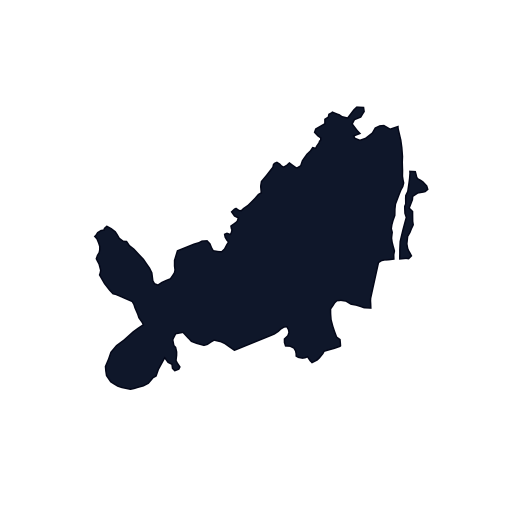 outline of Markz Matay, Al Minya, Egypt, rotated 318°
{"feature_id": "37247803B33553459827704", "entity_name": "Markz Matay", "entity_type": "district", "adm_level": 2, "iso_a3": "EGY", "parent_name": "Egypt", "parent_adm1": "Al Minya", "projection": "robinson", "projection_center": [30.727, 28.431], "detail": "fine", "context": "isolated", "style": "filled", "palette": "ink", "viewbox_px": 512, "rotation_deg": 318, "n_neighbors": 0, "source": "geoboundaries", "source_scale": "gbopen_adm2", "svg_char_len": 4859}
<svg xmlns="http://www.w3.org/2000/svg" viewBox="0 0 512 512"><g transform="rotate(318 256 256)"><path d="M150.8,133.6L149.3,133.6L149.3,136.9L147.8,141.1L146.3,144.4L144.0,146.9L141.7,148.6L138.6,149.5L135.5,151.2L134.8,153.7L134.0,157.0L131.0,162.8L128.7,164.5L127.1,165.4L126.4,168.7L125.0,175.2L124.4,183.5L124.5,188.4L126.2,190.8L133.6,207.0L132.9,210.3L131.4,213.6L129.2,220.2L127.7,223.5L127.0,229.3L126.3,231.8L124.0,231.4L119.8,230.8L114.0,230.2L101.7,230.2L92.4,229.3L83.8,230.5L77.5,234.0L70.2,237.4L67.6,240.8L64.9,244.9L63.9,252.3L64.9,255.9L66.2,260.2L68.3,263.9L73.5,271.0L76.8,272.9L80.5,274.6L85.4,277.1L90.8,278.5L95.5,277.9L98.0,277.5L101.4,278.3L107.6,274.9L120.1,270.5L119.5,276.2L121.1,280.3L118.8,283.6L118.9,286.9L122.9,288.4L125.2,287.5L125.9,282.6L126.6,280.1L130.5,276.7L132.8,274.2L135.1,270.1L135.0,267.6L138.0,262.6L139.6,261.8L144.3,260.0L150.7,263.9L150.8,271.8L150.9,272.4L150.9,273.0L150.9,276.2L153.4,281.1L157.5,287.5L158.6,288.1L160.7,289.1L165.4,289.8L168.6,290.5L172.6,296.2L174.3,300.2L175.2,304.3L176.9,311.6L180.7,313.0L186.0,314.9L213.4,324.8L217.4,326.2L222.1,326.9L225.4,326.8L229.2,327.5L231.6,329.1L231.5,329.7L230.9,332.4L229.4,334.9L226.3,336.6L221.6,336.7L219.3,339.3L217.8,342.6L221.0,345.8L222.6,349.8L221.9,353.1L220.4,355.6L218.9,357.3L219.7,359.7L222.2,363.0L224.5,364.5L226.9,365.3L226.2,370.2L226.3,371.4L226.3,372.7L231.9,374.2L235.0,374.1L240.5,373.2L242.8,372.3L247.6,374.6L252.4,377.0L257.9,379.3L258.7,379.3L260.5,377.0L262.5,374.3L261.6,370.2L263.9,364.4L266.1,359.4L269.1,353.6L272.1,349.7L273.0,348.6L276.0,345.2L280.0,344.3L283.1,343.4L286.2,343.3L288.1,344.8L289.4,345.7L292.7,349.7L294.4,355.4L297.6,359.5L300.0,363.5L301.7,366.7L306.5,371.5L309.1,368.4L311.1,365.9L312.0,365.0L312.9,364.1L315.4,362.3L339.7,344.9L342.7,342.8L346.2,343.4L349.2,345.1L350.0,345.9L352.6,347.9L356.4,350.5L359.2,347.2L362.2,344.9L363.9,341.6L364.1,341.1L366.3,336.9L368.6,333.5L370.0,332.2L373.1,329.5L374.8,326.2L377.8,323.7L381.5,321.3L386.3,318.7L390.7,314.0L394.4,310.7L398.5,308.6L403.5,306.0L408.0,303.8L411.5,302.6L414.6,300.5L416.1,297.9L418.2,294.7L422.1,290.5L423.6,288.7L427.5,284.1L431.4,280.1L436.8,273.1L441.3,266.5L441.3,266.4L445.0,259.7L446.0,257.9L447.1,256.0L448.1,254.8L440.5,251.5L439.1,247.1L438.7,245.9L438.3,244.6L435.1,242.2L430.3,240.7L424.8,242.5L416.2,241.9L411.4,239.9L410.6,239.5L408.2,234.7L408.9,232.2L411.3,233.0L415.2,234.5L415.1,230.4L415.8,222.2L420.4,220.5L426.8,222.8L430.7,221.6L433.0,221.0L435.3,217.6L430.5,212.8L426.6,212.9L416.4,214.8L413.1,210.0L412.3,206.7L411.5,205.3L410.6,203.5L409.0,200.2L408.2,200.3L405.0,199.5L402.7,201.2L398.7,200.5L395.7,203.8L385.4,201.6L382.3,203.3L382.4,208.2L383.2,211.5L381.7,213.2L380.1,213.2L378.6,214.1L374.7,215.0L372.9,215.7L372.3,215.9L370.7,213.4L366.8,214.4L362.1,214.5L357.5,215.5L354.2,216.3L349.6,218.9L345.6,218.1L344.8,217.3L343.9,213.3L343.1,209.2L341.5,209.2L339.9,209.3L336.0,208.5L335.1,206.1L335.1,203.6L334.2,200.4L331.8,199.6L330.3,199.7L327.9,201.4L326.1,201.7L324.9,201.9L317.7,203.2L309.9,204.3L306.8,206.8L305.7,207.9L305.3,208.5L302.2,212.6L299.0,211.9L293.7,212.6L292.0,212.7L288.7,212.9L284.1,213.1L279.2,212.5L278.6,212.4L275.4,212.5L273.8,210.9L273.0,207.3L271.4,206.8L267.4,206.9L266.8,211.9L268.4,215.9L265.8,217.4L265.3,217.6L263.7,217.7L258.4,217.1L257.4,217.0L255.9,219.5L255.9,220.3L253.6,222.0L251.3,222.9L249.6,219.7L247.2,218.9L245.7,221.4L245.0,224.7L245.0,226.3L245.1,227.2L241.9,228.1L237.3,229.8L233.3,229.9L230.9,227.5L227.7,223.5L228.4,220.2L229.9,216.1L229.8,213.7L229.8,212.0L225.8,208.8L222.6,208.0L219.1,206.3L217.8,205.7L201.1,199.6L193.8,204.0L192.6,204.7L188.8,208.9L186.5,212.2L184.2,213.9L181.0,214.8L178.4,215.4L177.1,215.7L173.1,214.2L168.4,212.7L163.6,212.0L163.3,211.2L162.0,208.7L162.7,205.4L165.0,202.1L167.3,198.8L168.7,193.8L169.4,188.1L170.1,183.1L169.9,176.6L169.8,169.2L168.8,163.5L169.3,160.0L169.5,158.6L167.1,156.2L166.2,151.3L166.9,148.0L167.1,147.0L167.6,143.8L166.7,138.9L165.0,134.1L161.9,134.1L160.3,135.0L157.9,133.4L154.0,132.7L150.8,133.6ZM366.0,358.2L367.6,360.1L371.6,359.9L372.4,356.7L372.9,354.2L373.7,351.9L374.9,350.0L376.2,347.9L381.9,342.8L383.4,342.4L385.1,341.8L386.1,341.5L389.9,339.6L391.9,338.8L393.7,338.0L395.6,335.1L402.1,327.7L402.0,325.2L401.8,322.9L409.9,318.8L411.1,317.7L412.3,316.5L418.4,317.4L423.3,320.5L424.8,321.3L428.2,321.4L429.7,318.2L429.6,312.6L428.9,309.7L427.9,307.2L428.0,305.1L429.1,303.2L430.8,299.9L427.5,296.6L427.0,296.1L425.7,297.7L422.0,301.2L420.5,302.5L417.9,304.7L412.0,309.6L407.8,311.3L405.7,313.4L404.5,314.8L403.7,315.7L402.0,317.6L400.9,318.1L399.8,318.6L398.1,320.5L396.4,322.6L395.3,323.9L394.1,326.6L393.6,327.9L390.9,329.6L387.5,331.8L382.9,334.8L377.2,338.7L372.9,341.7L370.5,344.1L366.9,347.8L364.4,350.6L362.4,352.7L360.9,354.4L366.0,358.2Z" fill="#0f172a" stroke="#020617" stroke-width="1.5"/></g></svg>